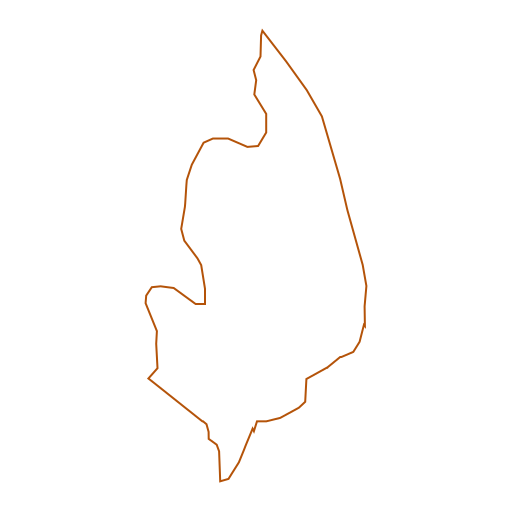 Zarflahn, River Cess, Liberia (Equal Earth projection)
{"feature_id": "62588387B27438362743371", "entity_name": "Zarflahn", "entity_type": "district", "adm_level": 2, "iso_a3": "LBR", "parent_name": "Liberia", "parent_adm1": "River Cess", "projection": "equal_earth", "projection_center": [-9.569, 5.554], "detail": "fine", "context": "isolated", "style": "outline", "palette": "amber", "viewbox_px": 512, "rotation_deg": 0, "n_neighbors": 0, "source": "geoboundaries", "source_scale": "gbopen_adm2", "svg_char_len": 1162}
<svg xmlns="http://www.w3.org/2000/svg" viewBox="0 0 512 512"><path d="M364.9,326.1L364.6,306.3L366.4,286.0L362.7,264.9L347.6,210.9L347.0,208.5L340.1,178.8L321.9,116.4L306.8,90.2L292.3,70.0L286.2,61.5L262.4,30.7L261.1,35.4L260.5,56.5L253.6,70.0L256.2,80.2L254.3,94.5L266.2,113.9L266.2,132.5L261.1,141.0L258.1,146.0L247.4,146.9L228.0,138.5L213.0,138.5L203.6,142.7L191.8,164.7L186.8,179.9L186.4,184.8L185.2,203.5L184.9,206.9L181.2,228.9L184.3,240.7L185.9,242.8L197.5,258.4L201.2,265.1L201.6,267.6L203.9,281.9L205.0,288.8L205.0,304.0L195.6,304.0L173.7,288.0L167.4,287.2L160.6,286.3L151.8,287.2L150.0,289.9L146.2,295.6L145.6,303.2L155.6,327.9L156.9,331.1L156.2,343.7L157.5,368.2L148.4,378.5L153.0,382.1L201.8,420.9L202.5,421.4L203.0,421.3L206.5,424.2L208.6,431.9L208.7,438.9L216.7,444.7L219.1,451.3L219.9,472.7L220.2,481.3L228.5,478.9L231.1,474.7L231.6,473.9L238.9,462.3L244.0,449.8L245.7,445.4L250.7,433.3L252.6,428.6L253.9,431.2L257.0,421.3L266.4,421.3L280.2,417.9L298.9,407.7L305.2,401.8L306.4,379.0L327.0,367.6L327.4,367.7L327.7,367.2L340.2,357.0L341.4,357.0L353.3,351.9L359.6,341.8L363.9,324.9L364.9,326.1Z" fill="none" stroke="#b45309" stroke-width="2"/></svg>